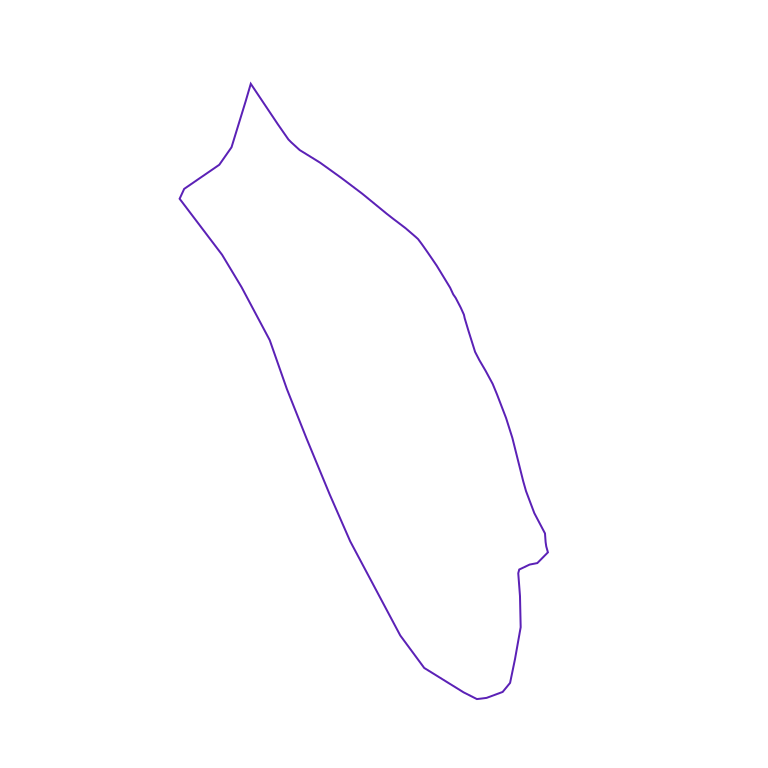 outline of Monchy/La Retraite, Gros Islet, Saint Lucia, rotated 332°
{"feature_id": "8701671B23608310651096", "entity_name": "Monchy/La Retraite", "entity_type": "district", "adm_level": 2, "iso_a3": "LCA", "parent_name": "Saint Lucia", "parent_adm1": "Gros Islet", "projection": "robinson", "projection_center": [-60.945, 14.064], "detail": "fine", "context": "isolated", "style": "outline", "palette": "violet", "viewbox_px": 768, "rotation_deg": 332, "n_neighbors": 0, "source": "geoboundaries", "source_scale": "gbopen_adm2", "svg_char_len": 979}
<svg xmlns="http://www.w3.org/2000/svg" viewBox="0 0 768 768"><g transform="rotate(332 384 384)"><path d="M407.3,56.4L394.4,69.6L360.5,103.4L341.5,113.1L299.2,117.9L290.5,124.5L301.7,193.9L303.7,231.6L303.7,291.6L295.9,342.7L290.0,396.0L284.2,456.0L280.3,507.1L280.3,559.0L280.3,613.7L286.2,653.6L309.5,693.6L318.1,705.8L321.9,707.3L327.2,709.3L344.2,711.6L355.0,707.1L370.6,688.3L390.5,662.9L404.5,635.1L413.7,614.1L416.3,611.3L427.8,611.8L435.3,614.1L449.7,609.6L451.0,603.6L452.5,599.4L456.0,591.5L456.1,568.6L459.1,545.3L461.3,535.1L472.0,492.0L475.8,471.4L478.9,446.2L480.0,434.9L479.9,419.9L479.4,408.0L479.5,398.4L480.2,394.7L483.5,376.9L486.1,363.9L487.1,360.3L487.6,352.6L487.7,341.6L487.2,337.4L487.6,330.0L486.1,304.4L485.0,294.3L484.2,287.3L483.1,278.5L482.1,272.0L481.1,269.2L476.1,256.4L469.6,242.3L466.3,234.9L454.1,205.7L443.3,182.5L431.5,158.6L419.4,137.9L415.6,127.2L414.4,123.2L412.2,104.8L407.3,56.4Z" fill="none" stroke="#5b21b6" stroke-width="2"/></g></svg>